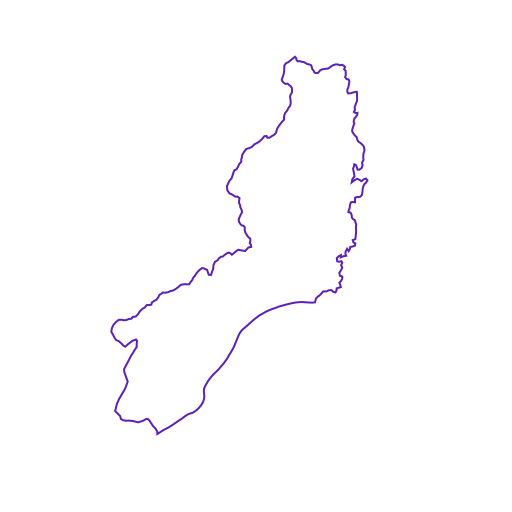 the district of Barra do Ouro, Tocantins, Brazil, rotated 210°
{"feature_id": "56859067B69652988679463", "entity_name": "Barra do Ouro", "entity_type": "district", "adm_level": 2, "iso_a3": "BRA", "parent_name": "Brazil", "parent_adm1": "Tocantins", "projection": "equal_earth", "projection_center": [-47.578, -7.712], "detail": "fine", "context": "isolated", "style": "outline", "palette": "violet", "viewbox_px": 512, "rotation_deg": 210, "n_neighbors": 0, "source": "geoboundaries", "source_scale": "gbopen_adm2", "svg_char_len": 5622}
<svg xmlns="http://www.w3.org/2000/svg" viewBox="0 0 512 512"><g transform="rotate(210 256 256)"><path d="M340.5,133.6L342.8,132.2L344.1,129.3L345.0,125.3L344.7,121.3L343.3,117.9L340.2,116.2L337.0,114.1L335.1,113.3L331.9,113.6L328.7,112.9L325.9,112.0L323.8,112.2L323.0,115.0L320.7,120.6L318.1,123.7L316.5,123.0L315.7,120.8L313.8,117.4L314.1,113.9L314.1,110.6L314.3,107.4L313.7,92.2L312.1,89.7L304.3,83.1L303.0,75.7L303.1,63.7L302.5,58.4L300.5,51.3L293.7,49.5L291.6,47.4L289.4,47.3L286.6,48.1L284.0,49.8L280.0,51.6L274.9,53.0L271.4,56.9L269.5,60.1L267.7,60.8L265.1,59.8L260.3,57.3L256.3,56.1L253.7,54.5L252.5,52.5L251.1,55.1L250.0,57.3L248.8,59.5L247.4,61.6L246.0,63.8L244.5,66.7L243.3,69.1L242.1,71.6L240.4,75.1L239.0,77.8L237.6,81.2L236.2,84.2L234.6,86.4L232.7,88.3L231.0,91.2L230.1,93.9L229.5,95.9L228.9,99.0L228.8,102.8L229.4,105.7L230.5,108.5L231.8,110.4L233.1,112.1L234.5,114.6L235.0,117.6L235.0,120.6L235.0,123.8L234.7,126.8L234.2,129.8L233.6,132.4L233.0,134.5L232.4,136.7L231.7,139.2L231.1,142.8L230.4,146.2L230.0,149.6L229.7,152.8L229.7,155.6L229.7,157.9L229.6,160.9L229.6,163.7L229.7,166.1L230.0,168.5L230.3,170.7L230.7,173.7L231.1,176.3L231.4,178.7L231.5,180.9L231.3,183.8L230.5,186.5L229.5,189.4L228.3,192.9L227.3,196.0L226.4,198.7L225.6,201.0L224.6,203.1L223.8,205.4L222.7,207.4L221.3,209.7L220.3,211.4L219.2,213.3L217.7,215.3L216.4,217.0L214.8,219.0L213.1,220.8L211.7,222.7L210.3,224.3L208.7,225.9L206.8,227.8L204.5,230.1L202.6,231.9L200.6,233.7L198.6,235.4L196.4,237.0L194.1,238.6L192.1,239.6L190.5,240.4L188.3,241.5L185.7,242.8L183.6,244.0L181.7,245.4L182.8,249.1L182.2,251.7L181.3,253.4L180.7,255.8L180.2,258.8L177.1,260.7L175.9,262.6L173.7,264.2L171.0,263.6L169.0,264.2L169.0,266.4L170.0,268.3L168.5,269.9L167.0,271.5L168.7,273.2L170.4,274.4L169.9,277.1L169.9,279.4L171.1,281.4L173.5,280.9L175.5,283.2L175.2,286.5L175.6,289.2L177.7,290.5L177.9,293.2L179.4,294.2L181.1,292.6L183.0,292.0L185.0,294.6L184.2,297.3L182.9,299.2L181.9,297.2L180.3,299.4L178.0,301.3L179.6,302.5L180.6,304.6L180.7,307.8L178.2,306.5L178.1,308.7L178.9,311.0L177.4,312.2L175.5,314.4L176.3,316.6L178.4,316.5L180.2,318.2L178.4,320.2L179.3,322.4L180.5,325.1L181.9,327.9L183.7,330.6L184.9,333.3L186.5,334.7L188.2,336.4L190.5,336.5L192.2,337.2L193.7,339.4L196.0,340.9L197.9,340.2L198.6,342.3L198.9,344.6L200.0,346.7L200.7,350.0L199.1,351.2L197.1,352.0L198.2,353.9L199.3,356.1L197.8,357.7L195.5,359.2L194.8,361.9L195.9,364.8L197.1,367.3L197.9,369.8L198.1,372.5L197.4,374.5L197.3,377.2L199.4,378.1L201.1,376.2L202.1,373.5L204.4,373.7L207.1,373.4L208.7,370.7L209.9,367.6L211.0,370.8L210.5,374.3L212.2,376.3L213.8,378.1L215.6,380.2L216.0,382.6L216.7,384.6L215.0,384.7L213.1,383.4L211.3,381.6L209.7,382.4L208.5,385.0L209.1,388.0L210.8,389.7L211.0,393.0L212.5,395.1L214.1,398.3L214.9,401.8L217.1,404.5L219.5,405.6L222.2,406.1L224.8,406.3L226.8,407.7L228.5,409.4L230.4,409.7L232.5,410.6L234.7,411.7L235.9,413.6L236.7,417.2L237.0,419.8L238.5,420.9L239.5,423.9L239.1,426.6L238.8,428.9L239.8,430.7L241.4,429.6L243.3,429.7L243.3,431.9L245.0,434.2L245.6,437.8L246.1,440.9L247.3,443.2L248.5,444.9L249.4,446.7L250.8,448.6L253.2,446.7L255.4,444.3L257.4,442.9L259.1,443.9L260.2,446.2L260.4,448.4L261.3,450.9L262.3,453.8L264.1,455.2L265.9,454.5L268.2,455.4L268.9,458.0L270.0,459.6L271.1,461.3L273.0,461.7L273.4,464.2L275.1,464.7L277.1,464.6L278.7,463.1L280.6,462.9L282.8,461.8L285.1,459.1L286.5,456.0L287.4,454.2L289.0,453.3L290.6,451.8L292.0,450.8L293.3,448.8L293.8,445.6L295.4,444.4L297.2,444.1L298.9,445.4L300.8,446.0L302.1,447.5L303.6,448.7L305.5,448.6L307.2,448.0L309.1,447.8L311.4,447.9L313.7,447.0L315.5,446.7L317.0,445.5L318.8,445.9L320.2,447.5L321.9,448.0L324.9,440.0L326.4,438.0L326.7,435.1L325.1,432.2L323.8,429.6L322.9,427.1L322.3,423.9L321.8,421.4L319.9,420.2L318.0,419.8L316.3,419.9L314.7,421.1L312.9,420.6L310.9,420.4L309.1,419.6L307.7,417.7L306.7,415.7L306.7,412.9L306.0,410.6L304.5,409.0L303.4,407.4L302.2,405.3L301.6,403.1L301.9,401.0L301.8,397.6L302.2,394.5L301.9,392.1L301.1,390.1L299.8,388.3L300.6,385.1L301.0,382.2L301.3,379.4L301.3,376.7L300.3,372.9L300.8,370.1L302.1,368.0L303.5,365.2L305.3,364.1L306.9,365.2L308.7,363.9L309.2,360.5L310.0,357.6L311.3,354.8L313.2,352.0L314.2,348.2L316.0,345.8L317.9,343.9L318.4,340.7L318.5,336.9L317.7,334.7L317.1,332.4L315.9,330.3L316.5,327.1L316.2,324.2L316.2,321.2L317.6,319.4L317.3,317.2L316.6,314.2L316.0,310.9L316.6,307.7L316.3,304.3L316.1,302.1L315.0,300.4L313.5,298.4L311.6,297.6L310.1,296.9L308.4,297.3L306.1,297.2L304.0,297.0L301.6,298.1L299.3,298.0L298.3,295.6L297.3,293.5L295.6,292.4L293.8,290.3L291.9,289.0L290.0,287.1L289.9,284.4L289.7,281.8L289.3,279.1L287.8,277.0L285.6,275.9L283.8,275.4L281.9,275.9L280.2,275.4L278.6,272.6L276.7,270.8L274.8,269.8L272.3,268.6L269.6,268.1L268.4,266.2L267.8,263.9L266.1,263.3L264.7,261.5L266.8,259.7L267.4,257.2L267.9,254.9L269.7,254.2L271.9,253.4L274.4,252.6L275.5,250.6L276.5,247.7L277.5,245.1L279.3,245.5L281.1,245.4L282.7,243.6L283.8,241.0L284.5,238.9L286.0,237.8L286.9,235.4L287.2,233.0L288.6,230.5L288.2,226.6L286.8,223.9L286.3,221.1L285.5,217.0L287.5,216.2L289.3,217.6L291.4,219.6L293.1,219.3L294.9,219.3L296.8,218.4L297.7,216.3L298.5,213.7L298.9,211.4L299.0,208.6L299.5,205.7L299.2,203.3L299.6,201.1L299.7,198.1L301.8,196.8L303.8,195.9L305.2,194.7L306.7,193.5L307.7,190.5L309.0,187.3L310.6,184.6L312.6,182.8L314.0,180.7L316.1,178.9L318.3,177.9L319.1,176.1L320.2,174.0L320.0,171.3L320.3,168.4L321.9,166.0L322.9,163.6L322.3,161.5L323.9,160.2L326.1,158.9L326.6,155.8L328.0,153.4L328.9,149.9L329.1,146.4L329.9,143.3L332.4,141.6L332.5,139.4L334.6,137.9L336.6,135.4L338.3,134.3L340.5,133.6Z" fill="none" stroke="#5b21b6" stroke-width="2"/></g></svg>